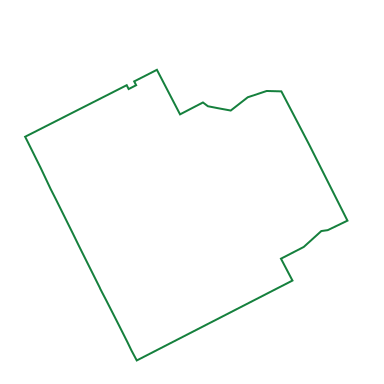 Claiborne, Louisiana, United States of America (Robinson projection), rotated 243°
{"feature_id": "52423323B9246238437830", "entity_name": "Claiborne", "entity_type": "district", "adm_level": 2, "iso_a3": "USA", "parent_name": "United States of America", "parent_adm1": "Louisiana", "projection": "robinson", "projection_center": [-92.955, 32.801], "detail": "fine", "context": "isolated", "style": "outline", "palette": "green", "viewbox_px": 384, "rotation_deg": 243, "n_neighbors": 0, "source": "geoboundaries", "source_scale": "gbopen_adm2", "svg_char_len": 651}
<svg xmlns="http://www.w3.org/2000/svg" viewBox="0 0 384 384"><g transform="rotate(243 192 192)"><path d="M188.6,66.7L148.7,66.4L147.5,66.3L143.5,66.3L134.0,66.4L133.7,66.4L124.8,66.4L108.0,66.4L87.1,66.3L78.2,66.1L67.0,66.3L67.5,241.3L92.2,241.0L92.3,266.6L98.5,289.5L96.4,295.6L95.9,317.5L181.7,317.9L213.0,317.6L241.1,317.3L248.1,304.4L251.1,284.7L247.0,263.5L255.1,252.9L261.2,245.1L266.8,242.4L266.6,216.6L316.8,216.2L316.8,190.7L312.5,190.7L312.5,182.3L316.8,182.3L317.0,68.4L316.9,68.4L312.9,68.4L282.1,68.1L265.4,67.6L258.9,67.4L254.0,67.4L247.5,67.4L209.1,67.0L197.1,66.8L188.6,66.7Z" fill="none" stroke="#15803d" stroke-width="2"/></g></svg>